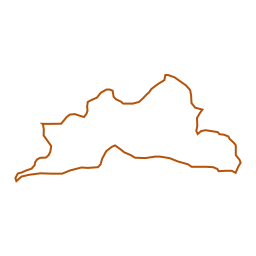 Älmhult, Kronoberg, Sweden
{"feature_id": "70781695B11327054975431", "entity_name": "Älmhult", "entity_type": "district", "adm_level": 2, "iso_a3": "SWE", "parent_name": "Sweden", "parent_adm1": "Kronoberg", "projection": "robinson", "projection_center": [14.182, 56.617], "detail": "fine", "context": "isolated", "style": "outline", "palette": "amber", "viewbox_px": 256, "rotation_deg": 0, "n_neighbors": 0, "source": "geoboundaries", "source_scale": "gbopen_adm2", "svg_char_len": 1408}
<svg xmlns="http://www.w3.org/2000/svg" viewBox="0 0 256 256"><path d="M218.6,171.2L225.1,170.8L231.8,170.8L235.6,172.8L238.3,166.6L240.6,162.8L239.6,159.9L235.8,155.1L235.8,145.3L235.0,144.2L233.4,142.4L229.7,139.0L228.3,136.4L223.9,134.7L219.5,134.2L217.7,132.1L205.5,130.2L201.1,131.1L197.7,134.0L196.3,130.9L197.3,125.9L197.0,118.0L200.0,112.9L202.4,109.6L195.2,107.7L191.5,103.1L191.1,95.2L190.1,90.0L186.0,85.4L180.6,81.6L174.5,77.3L167.7,74.9L165.3,75.1L165.3,75.7L164.3,80.2L158.8,83.5L155.4,85.9L151.4,89.0L149.0,92.4L146.6,94.5L142.5,98.8L139.1,101.9L133.0,103.6L123.2,103.6L121.1,101.7L116.0,99.3L113.6,96.7L112.6,90.7L109.6,89.5L106.5,89.5L100.7,92.8L97.0,97.6L91.5,100.0L87.8,101.9L87.1,106.5L87.5,110.8L86.4,113.9L84.0,117.0L79.3,115.6L74.9,114.1L69.8,114.6L66.7,117.0L61.2,123.7L48.3,123.9L42.4,123.8L43.0,124.3L43.8,129.7L43.6,135.4L47.9,141.4L51.2,146.1L50.3,151.8L48.6,155.2L45.9,157.6L40.1,157.8L37.0,159.5L35.2,162.1L34.6,165.2L31.5,168.7L26.9,170.2L21.3,172.6L17.8,173.5L15.4,178.1L16.4,181.1L21.4,176.6L29.0,174.8L40.4,173.3L52.7,173.7L62.0,173.7L70.2,170.4L81.5,167.5L87.7,167.9L98.0,167.2L100.6,164.3L102.1,158.8L106.2,151.2L111.9,146.8L115.0,145.4L120.6,149.4L124.2,152.3L130.9,155.2L135.0,157.7L145.3,158.1L155.1,156.6L159.7,156.6L169.5,158.1L177.7,161.4L188.0,164.3L191.6,166.8L206.5,166.8L213.2,167.2L217.4,169.0L218.6,171.2Z" fill="none" stroke="#b45309" stroke-width="2"/></svg>